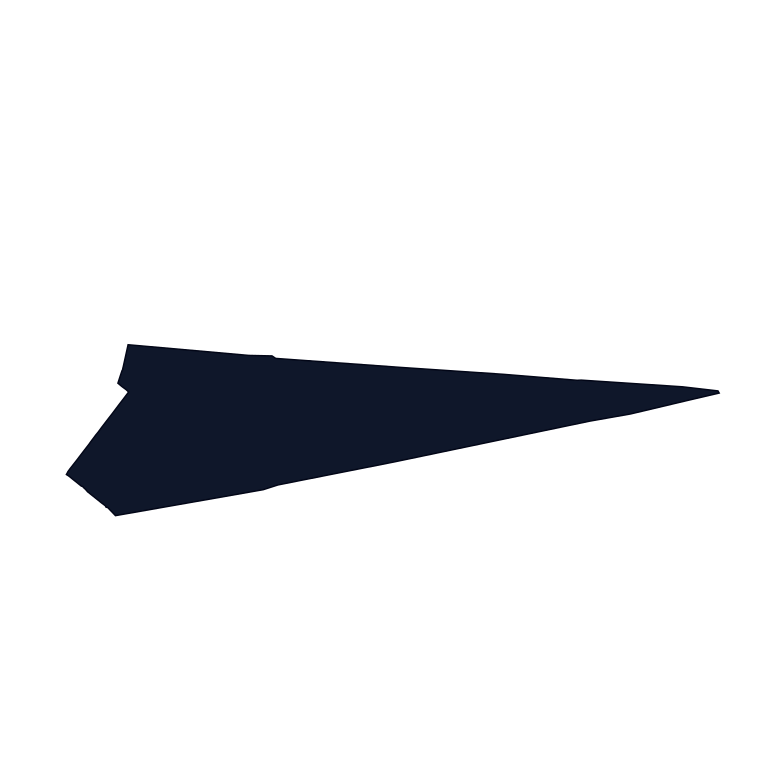 Port Fuad 2, Bur Sa`id, Egypt, rotated 260°
{"feature_id": "37247803B45623855174262", "entity_name": "Port Fuad 2", "entity_type": "district", "adm_level": 2, "iso_a3": "EGY", "parent_name": "Egypt", "parent_adm1": "Bur Sa`id", "projection": "albers", "projection_center": [32.32, 31.171], "detail": "fine", "context": "isolated", "style": "filled", "palette": "ink", "viewbox_px": 768, "rotation_deg": 260, "n_neighbors": 0, "source": "geoboundaries", "source_scale": "gbopen_adm2", "svg_char_len": 987}
<svg xmlns="http://www.w3.org/2000/svg" viewBox="0 0 768 768"><g transform="rotate(260 384 384)"><path d="M301.0,96.7L300.9,246.7L303.0,262.0L303.5,284.2L305.5,380.8L308.6,480.3L311.7,579.7L311.7,621.7L315.1,680.1L316.9,712.5L319.2,711.7L329.4,677.5L353.6,578.8L354.1,574.9L372.7,503.7L397.3,403.9L428.0,281.8L431.1,278.6L435.6,255.9L467.1,138.8L445.8,130.0L444.8,129.5L444.3,129.4L443.8,129.3L442.6,128.3L437.8,125.7L431.0,122.1L427.2,125.3L425.5,126.9L423.2,129.1L420.5,131.1L419.4,130.0L413.2,123.3L410.1,119.9L401.8,111.0L398.1,106.9L390.5,98.6L386.2,94.1L383.9,91.4L379.4,86.6L377.6,84.7L375.8,82.9L373.9,80.8L371.0,77.6L368.7,75.1L365.5,71.6L362.8,68.7L360.1,65.7L355.1,60.1L354.8,59.8L354.5,59.5L352.6,57.5L352.3,57.3L352.1,57.2L350.0,55.5L348.3,57.4L336.0,68.2L335.5,69.4L335.0,69.7L334.5,69.9L332.0,71.8L329.3,73.4L315.8,85.3L312.3,88.6L311.5,88.6L311.0,88.9L310.7,89.4L310.7,89.6L310.7,90.0L309.8,90.8L301.0,96.7Z" fill="#0f172a" stroke="#020617" stroke-width="1.5"/></g></svg>